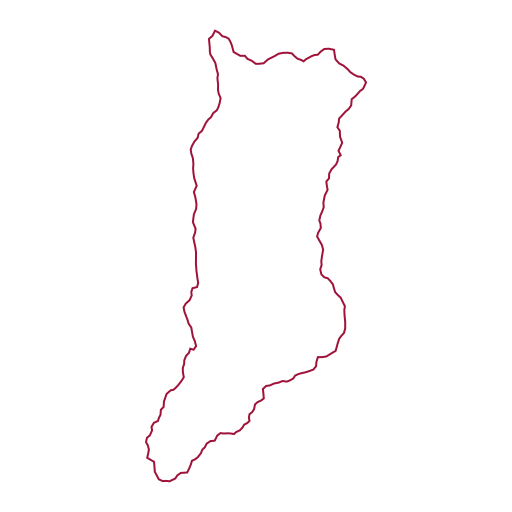 Flórida Paulista, São Paulo, Brazil
{"feature_id": "56859067B82838565054895", "entity_name": "Flórida Paulista", "entity_type": "district", "adm_level": 2, "iso_a3": "BRA", "parent_name": "Brazil", "parent_adm1": "São Paulo", "projection": "natural_earth1", "projection_center": [-51.174, -21.549], "detail": "fine", "context": "isolated", "style": "outline", "palette": "rose", "viewbox_px": 512, "rotation_deg": 0, "n_neighbors": 0, "source": "geoboundaries", "source_scale": "gbopen_adm2", "svg_char_len": 3432}
<svg xmlns="http://www.w3.org/2000/svg" viewBox="0 0 512 512"><path d="M366.0,82.5L363.9,78.8L361.0,76.8L357.7,76.5L354.4,74.9L350.5,72.3L347.7,69.2L343.3,65.5L339.1,63.4L335.5,59.3L334.7,54.7L334.0,49.8L328.8,48.7L324.3,49.0L320.7,51.6L317.8,54.7L314.3,55.1L311.5,56.2L305.9,59.3L303.6,61.3L300.8,59.8L297.5,58.7L294.3,56.0L291.9,53.4L287.5,52.7L282.9,52.9L278.4,53.8L275.2,55.8L271.6,57.6L268.0,59.4L263.6,63.3L258.8,63.8L255.8,63.8L251.6,60.7L247.5,58.9L244.9,55.8L240.3,55.8L233.6,52.0L231.9,45.6L230.7,42.4L228.7,38.7L225.8,37.1L222.3,36.2L219.0,32.7L215.0,30.7L212.5,35.8L209.0,38.9L209.4,43.7L209.8,47.5L209.8,50.9L210.3,54.4L212.8,58.4L215.3,62.9L216.7,69.6L218.0,74.2L217.4,78.1L218.1,84.5L218.0,89.6L218.6,93.4L220.6,98.1L219.6,103.2L218.2,107.6L216.8,110.3L213.3,113.0L210.9,117.3L208.4,119.4L205.9,122.8L204.5,125.7L202.0,130.8L198.6,133.7L197.6,137.9L194.5,141.4L192.0,145.9L190.7,149.5L191.3,153.5L192.9,158.2L193.4,164.0L193.1,168.5L193.5,173.4L194.2,178.0L196.7,185.8L193.9,192.0L195.4,197.5L196.5,204.3L196.1,209.0L193.9,214.2L192.9,222.1L194.2,225.4L195.6,228.8L195.1,232.6L193.3,237.7L194.4,243.0L195.3,247.1L196.0,252.1L196.0,258.8L195.9,263.4L196.4,270.3L197.4,278.2L198.2,282.9L197.0,287.1L192.5,288.2L191.3,292.0L191.7,295.5L189.7,300.0L185.7,303.7L183.6,307.4L184.4,311.6L185.7,315.1L187.5,319.8L188.6,323.6L191.3,327.6L192.2,332.8L192.9,336.7L194.8,341.1L196.1,346.1L193.6,349.7L190.3,348.7L188.9,352.9L186.1,355.8L184.3,360.3L184.1,364.1L182.8,367.9L182.9,372.5L183.8,377.2L181.6,380.7L178.3,385.0L176.0,387.5L173.6,389.7L170.7,390.3L166.6,393.9L164.0,401.3L163.6,407.0L160.9,409.7L160.5,414.8L159.0,417.7L157.9,421.0L153.9,422.8L151.5,426.9L152.1,430.3L149.9,435.3L147.0,437.8L146.0,442.1L147.8,445.3L148.9,449.5L148.3,453.0L147.2,457.8L154.0,461.8L154.5,467.1L154.8,471.8L156.5,474.9L158.8,479.3L162.6,481.1L166.3,480.9L169.5,481.3L175.3,478.5L177.3,475.4L180.9,472.9L184.3,472.7L187.2,472.5L189.3,468.2L190.9,464.4L191.9,460.8L195.1,459.3L197.8,457.2L201.0,453.1L202.3,449.7L204.8,447.3L206.7,443.6L210.4,441.1L214.7,440.7L217.3,435.5L220.5,433.1L223.7,433.5L228.0,433.3L231.0,433.5L233.9,434.1L236.2,432.0L239.9,430.3L242.6,427.4L244.2,424.6L247.2,423.1L249.5,420.9L248.9,417.7L249.5,414.2L252.2,412.1L254.1,409.0L255.0,404.4L257.6,402.1L260.9,400.6L263.8,398.5L263.5,394.7L262.9,389.0L266.2,385.9L269.7,385.5L273.8,383.6L278.7,382.6L282.6,381.0L286.7,381.6L289.7,380.5L293.3,378.5L295.1,375.6L298.1,374.2L301.4,373.2L304.7,372.5L308.4,371.4L313.3,369.6L316.1,366.2L316.4,362.0L317.9,357.1L322.3,357.1L326.3,356.5L331.0,353.6L335.6,350.9L336.5,347.8L337.6,343.7L339.2,338.7L341.5,335.7L344.0,332.9L345.2,328.4L345.2,322.0L344.6,316.0L344.3,310.2L344.9,306.2L342.9,302.2L340.7,297.7L337.7,294.9L335.2,292.2L334.1,288.8L332.9,284.4L330.4,281.1L327.8,278.3L324.3,277.3L321.4,274.4L320.2,269.3L321.6,265.1L321.3,261.2L321.9,256.8L322.6,252.8L323.1,249.6L322.0,245.2L319.4,240.6L317.1,236.5L318.1,232.9L320.8,228.0L320.5,223.7L319.3,220.5L320.3,215.7L322.3,211.2L323.7,207.2L323.4,202.4L324.8,195.4L327.6,189.8L326.9,186.0L326.3,181.6L329.0,178.4L329.2,173.5L331.6,169.2L334.0,166.7L336.1,164.4L337.6,161.1L338.2,157.1L340.7,155.2L338.5,150.8L340.2,147.2L342.2,142.8L340.0,136.6L339.8,130.8L337.4,127.2L338.7,122.5L339.1,118.6L342.6,114.8L345.7,111.4L348.5,109.2L351.2,105.4L351.7,99.2L355.3,96.3L357.9,93.5L360.1,90.9L362.9,89.0L364.4,86.1L366.0,82.5Z" fill="none" stroke="#9f1239" stroke-width="2"/></svg>